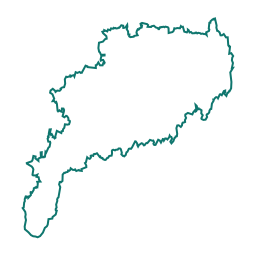 Ballinasloe Lea-6, Galway, Ireland, rotated 91°
{"feature_id": "5873133B97089647818716", "entity_name": "Ballinasloe Lea-6", "entity_type": "district", "adm_level": 2, "iso_a3": "IRL", "parent_name": "Ireland", "parent_adm1": "Galway", "projection": "natural_earth1", "projection_center": [-8.386, 53.453], "detail": "fine", "context": "isolated", "style": "outline", "palette": "teal", "viewbox_px": 256, "rotation_deg": 91, "n_neighbors": 0, "source": "geoboundaries", "source_scale": "gbopen_adm2", "svg_char_len": 5799}
<svg xmlns="http://www.w3.org/2000/svg" viewBox="0 0 256 256"><g transform="rotate(91 128 128)"><path d="M24.9,130.6L27.4,132.2L28.0,133.9L28.0,134.5L25.8,134.6L25.4,136.5L27.9,138.4L27.8,139.1L28.4,139.8L28.7,141.6L28.2,142.4L28.5,143.3L28.1,144.0L29.0,144.7L28.7,146.7L30.5,147.4L29.9,149.7L31.8,150.4L30.6,153.4L31.5,153.3L32.2,155.3L33.6,154.6L36.5,151.3L38.4,150.9L39.1,150.9L39.5,152.4L42.1,154.6L43.2,158.5L48.6,159.0L52.3,158.2L52.7,157.5L55.3,156.3L55.1,152.7L55.9,152.7L56.2,155.8L59.9,156.6L61.1,156.4L60.4,154.8L60.4,154.0L63.0,152.5L63.8,152.8L63.4,153.8L65.8,154.5L65.8,157.1L62.9,158.8L65.5,160.3L65.8,161.3L68.6,161.2L67.8,169.6L67.0,169.7L66.4,171.5L73.6,175.2L73.4,175.8L73.7,176.3L72.8,177.4L73.8,179.6L73.1,181.3L77.4,182.5L76.1,183.1L76.7,185.2L77.2,185.5L76.5,186.6L77.7,186.9L77.4,187.5L78.1,189.5L77.8,190.7L80.4,192.0L84.8,191.6L88.3,192.6L88.6,194.4L89.8,196.1L90.6,195.7L92.0,197.0L91.8,199.4L93.2,201.1L92.0,201.6L90.1,203.9L91.9,206.1L94.1,206.5L95.6,204.1L100.0,202.3L102.5,203.8L102.4,202.1L103.9,201.0L103.3,200.2L105.2,199.5L112.0,198.7L112.6,198.2L111.5,196.9L112.4,196.0L112.9,194.6L109.7,194.4L109.7,192.9L111.2,192.2L112.7,192.4L117.3,193.6L118.4,191.8L116.9,190.1L117.3,189.1L119.2,187.8L121.3,187.7L121.8,186.4L122.8,186.2L125.3,187.0L125.7,188.6L125.4,191.1L128.9,191.7L130.4,192.9L132.2,193.1L132.4,194.3L134.2,194.6L132.1,199.1L137.5,200.5L139.0,200.3L139.7,201.2L138.5,202.2L138.5,203.1L137.6,202.9L135.5,204.1L136.1,204.8L135.0,205.1L134.7,206.1L130.7,205.2L130.8,206.4L134.9,207.1L136.0,206.6L136.8,207.5L138.3,207.2L138.4,207.8L139.2,207.6L140.0,208.2L143.0,207.5L143.1,205.7L144.2,205.4L148.1,206.1L149.0,207.2L154.1,209.4L153.3,210.1L158.1,210.5L158.2,211.7L158.7,211.7L158.8,213.8L153.7,213.8L153.9,214.9L159.0,214.5L159.6,216.2L160.4,217.1L162.4,217.0L160.0,220.1L158.1,219.9L157.6,222.1L161.7,222.9L163.0,223.7L164.8,228.6L165.4,228.5L168.2,223.6L169.6,222.5L171.0,221.9L176.5,222.7L177.0,222.1L177.1,219.6L176.3,217.9L178.4,218.6L178.8,216.5L181.3,216.0L183.1,214.7L183.4,217.8L185.1,217.2L188.9,217.6L188.6,218.8L189.5,219.1L189.3,220.1L189.9,221.1L191.5,221.2L194.4,222.8L193.7,224.0L193.9,224.3L196.7,223.9L199.5,226.4L198.4,226.5L199.2,228.0L198.2,228.2L198.2,229.1L200.9,230.0L203.1,229.9L204.2,230.5L209.2,230.9L209.9,231.9L213.6,229.3L216.3,228.8L218.7,229.2L221.8,228.4L228.3,229.6L231.1,229.3L234.0,225.7L236.8,223.1L237.9,220.9L238.1,218.6L238.8,216.4L237.6,214.0L234.0,211.2L229.3,209.4L227.7,207.4L226.0,206.6L220.5,205.9L219.9,202.1L218.2,201.8L215.8,198.8L211.9,197.8L211.7,198.7L211.1,198.9L210.0,198.8L208.8,198.0L205.8,198.5L202.1,197.4L200.6,197.6L199.3,197.1L198.6,196.3L188.3,194.7L185.6,195.9L183.2,195.3L183.0,194.8L183.4,194.0L182.1,192.6L175.7,192.5L173.9,191.0L174.0,190.2L173.5,189.7L173.0,187.6L171.5,187.1L171.8,186.0L170.9,185.0L169.3,184.6L170.8,182.5L170.9,181.0L170.3,180.2L171.9,179.0L170.8,176.4L171.4,176.0L171.7,173.5L169.9,173.8L167.9,169.0L166.1,169.1L163.8,170.4L163.1,169.5L158.0,168.3L158.8,167.5L159.5,165.7L158.2,164.6L156.4,164.8L156.1,164.0L156.5,162.3L154.9,161.9L154.5,161.3L154.7,160.4L153.8,158.6L157.4,155.8L156.9,155.3L158.6,154.1L158.4,153.0L159.7,152.3L160.4,150.4L160.2,149.7L158.2,148.2L158.1,147.3L156.3,146.3L155.9,143.9L153.7,143.5L151.2,143.7L150.4,143.3L150.0,142.4L150.6,140.6L150.0,139.9L149.8,137.9L148.7,137.1L148.6,135.6L149.3,134.8L153.0,133.7L154.4,134.2L156.0,132.6L155.9,131.8L156.4,131.3L155.2,129.9L152.3,129.1L151.8,128.2L148.8,126.8L148.5,125.6L148.8,124.7L147.5,123.7L141.2,120.6L141.3,120.0L143.4,118.5L144.9,118.4L146.4,117.6L144.9,116.8L143.0,114.2L143.3,113.2L145.1,111.8L144.9,111.1L143.1,109.9L142.5,108.7L142.7,108.3L139.5,105.8L140.3,103.4L140.1,102.5L141.8,101.7L143.2,102.3L144.1,101.9L144.5,101.4L144.4,100.2L139.2,97.6L140.0,96.0L142.0,94.8L138.4,93.0L138.5,92.5L140.0,91.9L137.8,90.6L137.9,89.5L138.8,88.4L136.4,86.6L134.9,86.2L135.8,85.6L136.2,84.5L138.0,83.8L141.0,85.4L142.6,84.3L140.4,82.4L137.1,81.3L136.7,80.5L135.6,80.2L135.4,79.0L132.9,78.7L127.3,79.6L124.6,78.8L124.4,77.4L126.0,75.2L124.5,74.1L122.3,73.8L121.5,73.0L121.6,72.5L121.0,71.0L119.1,71.2L116.9,70.1L115.0,71.0L113.5,70.9L111.9,68.4L113.3,63.9L111.1,63.0L109.0,61.3L110.4,60.8L110.0,60.1L107.9,60.0L103.7,60.8L104.7,59.7L107.1,59.0L107.2,58.0L108.1,58.3L107.8,57.7L108.1,56.1L109.0,54.8L112.1,55.0L113.9,53.5L117.0,54.8L117.8,54.5L118.6,52.7L118.3,50.6L115.6,49.1L113.7,49.7L112.8,49.2L112.5,48.3L111.1,47.1L109.1,46.8L107.6,45.9L107.5,45.1L102.1,44.5L99.3,42.9L98.4,43.1L98.5,42.8L96.8,41.8L95.6,40.4L96.0,38.9L96.7,38.5L92.8,36.8L92.6,36.3L93.6,34.8L89.4,32.8L88.9,31.5L90.5,31.5L92.1,32.3L94.2,30.2L91.0,29.2L90.9,28.3L89.2,27.4L89.3,27.0L86.6,25.6L80.2,25.4L70.6,26.7L66.1,24.1L66.3,25.2L61.2,24.2L58.5,25.3L55.8,25.0L54.2,24.1L51.4,26.1L52.0,28.1L44.9,27.4L44.2,28.1L44.5,28.6L43.5,29.2L35.6,29.9L35.7,31.6L32.4,33.9L33.7,35.7L33.7,37.1L30.8,38.1L29.3,39.8L29.3,40.5L26.1,41.4L24.0,41.2L17.2,42.9L17.9,43.8L17.3,44.1L18.0,45.4L19.9,47.4L21.3,47.5L21.4,48.5L27.3,49.0L28.0,48.4L29.5,48.7L31.0,51.5L33.7,51.0L32.6,52.2L32.8,53.6L32.3,55.0L32.6,56.7L32.0,57.4L31.6,59.4L32.2,60.5L31.4,61.4L31.5,62.3L32.0,62.6L32.2,65.4L30.9,66.7L31.4,68.1L29.1,69.1L28.6,69.8L29.5,69.7L31.4,70.8L30.7,73.4L25.8,74.9L26.0,76.1L25.2,76.9L27.4,77.8L27.2,80.5L27.8,82.5L27.5,83.4L30.1,84.1L31.3,85.2L32.3,89.0L27.5,89.2L26.5,90.0L26.0,92.5L26.6,93.2L26.1,94.6L26.5,95.3L26.4,96.7L27.0,97.1L26.9,98.0L28.6,98.7L28.6,99.3L27.6,99.8L27.0,101.9L25.3,103.9L25.9,106.3L26.6,106.7L26.5,110.2L24.7,109.7L23.8,110.7L22.7,115.8L23.5,117.3L25.8,116.7L24.4,115.6L27.3,116.1L28.2,118.4L28.8,118.4L29.5,119.1L29.1,120.0L30.9,120.9L32.7,121.2L35.1,120.0L35.8,123.4L36.6,123.8L37.1,127.2L36.4,128.4L34.5,128.2L34.5,129.4L31.4,129.6L29.2,131.0L26.8,130.4L24.9,130.6Z" fill="none" stroke="#0f766e" stroke-width="2"/></g></svg>